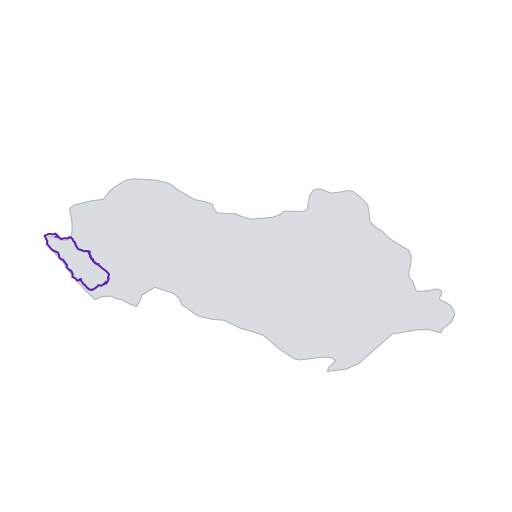 Malësi e Madhe, Shkodër, Albania (highlighted), rotated 288°
{"feature_id": "67620474B62137861373373", "entity_name": "Malësi e Madhe", "entity_type": "district", "adm_level": 2, "iso_a3": "ALB", "parent_name": "Albania", "parent_adm1": "Shkodër", "projection": "albers", "projection_center": [19.601, 42.395], "detail": "fine", "context": "in_parent", "style": "outline", "palette": "violet", "viewbox_px": 512, "rotation_deg": 288, "n_neighbors": 0, "source": "geoboundaries", "source_scale": "gbopen_adm2", "svg_char_len": 2828}
<svg xmlns="http://www.w3.org/2000/svg" viewBox="0 0 512 512"><g transform="rotate(288 256 256)"><path d="M171.0,158.2L171.3,151.3L173.0,140.5L172.1,136.9L173.0,130.6L169.9,122.3L164.8,116.4L169.8,105.8L177.0,93.1L183.7,82.9L191.8,72.4L197.2,62.3L203.0,53.6L207.9,50.9L210.4,52.7L211.7,56.5L211.4,67.8L213.1,71.7L216.6,74.5L223.8,73.1L231.9,70.3L242.7,64.3L244.5,64.6L248.6,67.7L257.0,81.3L262.7,93.2L273.7,97.3L279.9,101.9L287.8,108.9L291.7,116.1L297.3,137.8L298.1,151.0L296.6,157.0L295.3,158.6L290.6,180.2L291.9,191.1L291.9,198.3L287.8,201.2L285.0,205.7L289.7,223.6L289.2,231.2L289.5,240.0L297.9,259.8L302.8,265.9L307.2,268.8L313.0,287.1L316.3,290.3L329.8,288.3L336.4,290.3L339.1,294.6L339.7,297.6L339.0,307.8L342.5,315.7L347.1,323.8L347.2,328.8L344.3,337.0L339.0,346.5L331.9,350.3L324.0,353.5L320.3,360.9L318.5,368.8L315.0,374.7L312.9,381.1L309.7,394.2L309.0,398.9L303.6,403.8L295.3,405.8L287.8,406.3L282.7,408.5L280.2,413.0L275.5,416.7L272.6,418.3L272.7,422.2L276.2,430.5L280.2,437.2L280.4,442.6L278.4,444.1L272.3,443.5L271.0,445.5L270.4,451.5L268.8,456.6L266.3,459.8L261.9,463.2L253.8,462.2L246.2,457.1L242.3,455.5L240.0,455.7L239.4,443.1L236.1,433.3L224.0,409.7L185.3,386.8L176.2,376.5L172.2,367.8L168.3,359.7L172.1,359.4L175.9,361.5L180.7,364.0L182.6,359.9L180.6,351.0L170.7,330.0L170.0,324.3L174.9,306.8L183.0,287.2L182.5,263.4L185.0,245.4L182.3,233.8L181.0,219.5L186.8,200.5L191.8,195.8L194.9,189.8L195.1,169.5L183.9,160.0L171.0,158.2Z" fill="#d9dde1" stroke="#a8b0b8" stroke-width="1"/><path d="M216.5,73.2L215.7,72.3L215.5,71.9L214.9,71.5L214.4,71.2L213.8,68.5L212.6,66.5L211.8,65.6L213.1,62.5L212.7,59.8L214.2,60.7L215.3,58.3L214.1,57.1L213.0,52.2L210.0,48.8L207.5,50.9L205.7,53.0L203.0,53.3L199.4,59.1L198.6,61.1L198.1,66.4L196.7,67.9L193.5,69.6L192.7,71.3L192.8,73.7L190.2,77.2L189.0,79.1L186.8,79.3L185.1,82.4L184.9,84.8L182.2,87.2L179.3,87.9L178.9,91.2L177.9,92.3L177.7,94.7L179.8,95.9L179.9,96.6L178.6,97.2L176.7,99.6L175.7,101.0L175.8,102.0L174.2,104.2L173.3,105.9L173.3,106.5L172.6,107.8L173.0,109.1L172.7,110.1L174.4,111.9L175.7,113.0L177.8,114.5L179.6,115.2L179.9,118.2L181.3,119.3L182.3,119.7L182.4,120.4L183.8,120.7L183.6,121.7L184.4,121.6L184.0,122.2L185.7,122.7L189.1,122.9L189.5,121.9L193.3,121.9L194.4,119.9L195.7,117.3L196.4,114.9L196.9,113.2L197.7,111.8L198.3,110.4L198.4,109.2L199.6,108.8L199.2,107.1L199.1,106.8L199.3,105.4L200.1,105.4L200.2,103.7L200.3,103.1L201.1,102.3L201.3,102.9L202.6,102.0L202.2,101.1L202.6,99.9L203.6,99.9L203.9,98.9L204.9,97.7L204.5,99.3L205.7,98.0L206.0,97.3L207.3,96.0L207.4,96.9L208.8,96.5L208.5,94.2L208.4,93.1L207.7,91.9L207.4,90.4L207.7,87.4L207.7,86.7L207.5,85.7L207.8,84.3L208.8,83.3L209.6,82.1L210.1,82.1L210.6,81.3L211.5,80.3L212.1,80.1L212.8,80.0L213.4,78.7L213.8,77.6L215.5,76.4L216.3,73.8L216.5,73.2Z" fill="none" stroke="#5b21b6" stroke-width="2"/></g></svg>